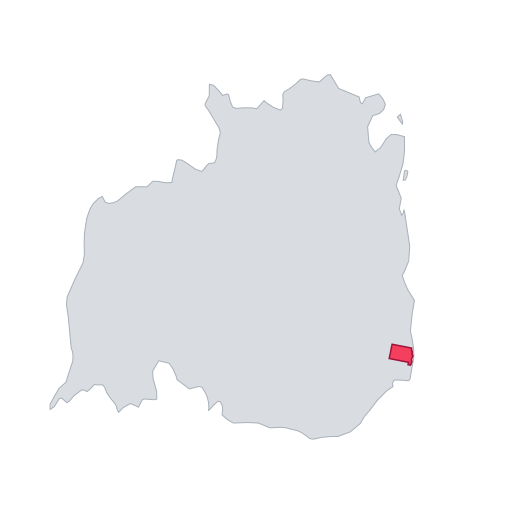 Phnum Proek, Batdâmbâng, Cambodia (highlighted), rotated 192°
{"feature_id": "14789045B85132506712609", "entity_name": "Phnum Proek", "entity_type": "district", "adm_level": 2, "iso_a3": "KHM", "parent_name": "Cambodia", "parent_adm1": "Batdâmbâng", "projection": "equal_earth", "projection_center": [102.376, 13.291], "detail": "fine", "context": "in_parent", "style": "filled", "palette": "rose", "viewbox_px": 512, "rotation_deg": 192, "n_neighbors": 0, "source": "geoboundaries", "source_scale": "gbopen_adm2", "svg_char_len": 3916}
<svg xmlns="http://www.w3.org/2000/svg" viewBox="0 0 512 512"><g transform="rotate(192 256 256)"><path d="M425.5,63.1L426.6,68.1L423.9,77.4L421.0,85.8L415.5,93.2L415.2,98.7L413.4,114.9L414.2,120.1L415.6,124.5L417.4,126.9L422.4,142.7L426.9,157.2L431.3,169.1L432.2,176.6L428.3,195.7L423.8,213.2L424.2,221.9L426.3,230.6L428.5,242.3L429.4,257.2L428.3,266.9L426.3,273.0L422.3,279.2L418.8,282.3L414.5,277.1L411.1,276.8L406.6,278.4L403.1,280.8L395.9,289.9L388.0,298.8L376.9,301.0L372.6,307.6L368.0,308.5L359.2,308.9L353.5,310.4L353.8,313.7L353.4,329.3L353.5,332.9L352.6,333.9L348.7,334.4L341.9,332.0L332.8,328.1L326.3,327.5L323.0,334.3L321.0,337.0L318.6,337.4L316.0,338.6L315.2,341.6L315.0,345.4L316.2,351.9L316.8,362.2L316.5,369.3L318.9,373.7L332.8,388.7L337.0,392.4L337.4,394.7L335.0,402.8L337.3,414.3L332.9,414.1L325.6,409.1L322.1,406.1L317.9,408.5L316.4,408.1L313.6,402.4L309.8,396.7L306.0,396.3L297.9,398.6L289.6,400.2L286.4,400.1L285.2,401.2L280.4,409.7L278.3,408.3L270.0,405.0L262.3,403.8L260.8,406.0L261.7,413.0L263.4,419.8L262.4,422.7L258.3,426.3L252.8,432.7L249.4,437.8L247.0,439.0L238.6,438.8L230.2,439.4L226.8,444.2L223.7,447.9L221.0,448.9L210.0,437.1L188.2,433.0L185.8,427.9L183.7,426.9L181.7,433.6L169.7,440.1L164.7,436.2L161.0,431.4L161.6,425.6L165.0,420.9L171.0,417.5L173.7,405.7L169.2,390.5L165.2,386.1L161.0,382.6L156.6,388.2L152.9,397.9L149.0,402.9L143.6,404.0L135.6,403.6L132.5,389.1L131.4,376.8L132.5,362.7L133.7,354.3L126.0,342.8L125.6,331.8L121.9,326.1L120.8,329.0L120.9,332.1L119.8,329.9L107.7,297.7L105.6,282.8L107.7,271.3L108.9,267.4L105.4,261.4L100.5,254.5L91.8,245.5L91.2,231.3L89.3,214.5L86.7,208.9L82.7,198.6L80.6,190.0L79.8,167.5L80.9,165.6L87.1,165.0L95.0,163.4L96.2,159.7L94.8,156.7L99.9,151.6L107.1,140.4L112.7,128.7L116.7,121.3L119.1,114.0L127.2,103.6L138.4,96.5L146.0,94.8L153.9,92.3L161.4,88.9L165.0,88.5L174.5,92.7L179.5,93.8L184.9,93.8L190.4,94.2L195.2,93.8L206.8,90.8L219.0,93.1L229.9,91.3L243.4,87.9L250.1,90.1L256.1,93.5L257.0,100.3L258.4,103.4L260.5,105.9L263.1,105.9L266.6,101.1L269.4,96.1L270.4,95.2L270.5,97.7L272.0,103.0L274.6,108.3L277.2,111.8L281.6,116.4L284.4,116.6L293.6,112.2L307.5,118.6L309.1,121.8L313.7,128.3L318.6,133.0L329.4,133.3L333.2,121.8L331.2,114.8L325.0,102.7L323.3,95.5L325.3,94.3L335.7,92.9L337.4,91.5L339.6,83.6L342.5,84.5L348.3,85.5L354.3,80.1L357.9,74.5L359.9,77.1L362.1,81.0L364.5,83.3L368.9,86.7L373.8,91.5L376.8,96.2L379.3,98.1L385.5,96.7L387.1,96.9L390.7,91.2L393.2,88.1L395.3,89.0L398.5,88.9L404.9,81.7L408.5,75.0L410.5,73.2L416.4,76.5L418.7,75.8L422.0,66.7L425.5,63.1ZM128.4,370.1L127.2,371.0L126.0,370.9L124.9,369.6L125.0,364.4L125.8,361.3L127.8,360.7L128.4,370.1ZM146.7,421.2L144.2,424.7L140.3,417.5L140.3,415.4L146.7,421.2Z" fill="#d9dde1" stroke="#a8b0b8" stroke-width="1"/><path d="M104.4,183.4L91.6,183.6L84.7,183.7L84.7,181.3L82.2,181.3L82.2,181.5L82.3,181.5L82.3,181.8L82.2,181.8L82.2,182.0L82.0,182.3L81.9,182.4L81.9,182.5L81.9,182.8L81.9,183.0L81.8,183.3L81.8,183.5L81.7,183.7L81.7,183.8L81.6,184.0L81.6,184.3L81.6,184.5L81.5,184.8L81.7,185.0L81.8,185.1L82.0,185.3L82.0,185.5L81.9,185.6L81.9,185.8L82.0,185.9L82.0,186.0L82.1,186.3L82.2,186.5L82.3,186.7L82.3,186.8L82.4,187.1L82.4,187.3L82.5,187.5L82.5,187.9L82.5,188.0L82.4,188.2L82.4,188.3L82.3,188.5L82.2,188.7L82.2,188.8L82.1,189.1L82.0,189.4L81.9,189.6L81.9,189.8L81.8,190.0L81.8,190.3L81.8,190.5L81.8,190.8L81.8,191.0L81.9,191.3L82.0,191.5L82.3,191.5L82.5,191.7L82.6,191.8L82.8,191.9L82.8,192.0L83.0,192.3L83.0,192.5L82.9,192.8L83.0,193.0L83.0,193.3L83.0,193.5L83.1,193.8L83.2,194.0L83.2,194.3L83.2,194.5L83.3,194.7L83.4,194.8L83.4,195.0L83.5,195.0L83.6,195.3L83.8,195.5L83.8,195.8L83.9,196.0L84.0,196.1L84.1,196.3L84.3,196.3L84.3,196.5L84.3,196.8L84.4,197.0L84.5,197.1L84.4,197.3L84.5,197.5L84.5,197.8L84.7,198.0L84.7,198.3L91.6,198.2L95.9,198.1L104.5,198.0L104.5,194.8L104.5,193.3L104.4,188.6L104.4,187.0L104.4,183.4Z" fill="#f43f5e" stroke="#9f1239" stroke-width="1.5"/></g></svg>